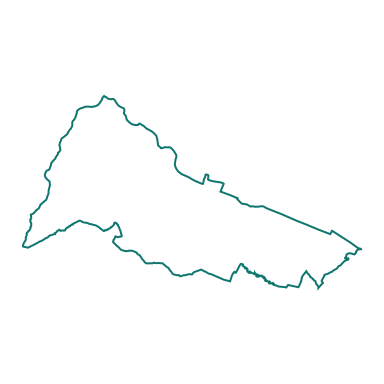 the district of Arcus, Covasna, Romania
{"feature_id": "2599482B44539906477830", "entity_name": "Arcus", "entity_type": "district", "adm_level": 2, "iso_a3": "ROU", "parent_name": "Romania", "parent_adm1": "Covasna", "projection": "mercator", "projection_center": [25.745, 45.912], "detail": "fine", "context": "isolated", "style": "outline", "palette": "teal", "viewbox_px": 384, "rotation_deg": 0, "n_neighbors": 0, "source": "geoboundaries", "source_scale": "gbopen_adm2", "svg_char_len": 5975}
<svg xmlns="http://www.w3.org/2000/svg" viewBox="0 0 384 384"><path d="M318.4,288.0L321.6,284.2L322.9,283.1L322.9,282.7L321.8,281.6L321.7,280.9L322.8,278.5L324.2,276.1L324.2,275.3L324.9,274.7L328.3,273.6L330.3,272.4L332.3,271.6L333.5,270.4L337.0,268.5L338.2,266.7L338.8,266.1L340.6,265.3L341.9,263.7L344.8,260.8L348.2,259.6L348.5,258.9L348.1,258.2L346.9,258.5L345.6,258.5L345.1,258.2L345.0,257.9L346.2,256.7L346.4,255.1L346.8,254.3L347.7,253.7L350.1,253.2L354.4,254.4L355.7,253.2L356.0,252.7L355.9,252.0L356.1,251.6L357.8,249.5L360.3,249.3L361.0,249.2L360.8,248.8L358.4,248.2L357.5,247.7L350.3,242.5L332.1,230.8L330.2,234.1L319.4,230.0L305.7,224.3L297.3,221.0L281.9,214.3L266.7,208.3L263.6,206.5L262.0,206.2L258.7,206.6L255.0,206.8L252.9,206.2L250.9,206.6L250.2,206.4L246.9,204.4L242.5,203.8L241.5,203.4L240.1,202.1L236.8,198.5L237.3,198.1L229.4,194.8L220.5,191.6L223.7,183.8L223.2,183.4L221.2,182.5L213.3,181.3L208.6,180.0L208.0,179.2L208.4,176.1L208.2,175.1L207.9,174.9L206.0,174.5L205.6,174.6L205.0,177.4L204.0,179.0L203.0,183.8L202.0,183.8L195.7,181.2L192.8,179.7L187.6,176.6L185.7,176.0L184.6,175.3L182.8,174.7L180.5,173.4L179.8,172.6L178.7,172.0L177.6,170.7L176.1,168.4L175.2,166.2L174.8,164.4L175.5,159.6L176.4,156.9L176.2,154.7L175.5,153.8L173.9,151.0L171.4,148.3L170.0,147.4L168.3,147.2L167.4,147.4L164.7,147.2L161.6,148.3L160.9,148.1L160.2,147.1L158.4,145.7L158.0,145.1L157.9,143.7L157.6,142.5L157.6,141.0L157.0,138.2L156.2,135.5L152.9,132.2L148.7,129.6L146.9,128.9L143.3,125.6L142.5,125.4L139.9,123.6L139.3,123.7L138.5,124.1L138.1,124.9L137.8,125.0L135.7,125.0L132.7,124.5L131.7,124.1L128.8,121.9L126.7,119.6L126.1,117.0L125.5,115.4L124.0,113.7L123.9,112.7L124.3,111.5L124.4,110.5L124.3,109.2L124.1,108.8L123.1,108.0L121.2,107.3L118.5,105.6L117.2,104.0L114.4,99.7L113.8,99.3L112.6,98.9L111.0,99.3L108.7,98.9L107.4,98.2L105.9,97.0L105.0,96.8L104.1,96.0L102.4,97.9L102.1,98.5L102.2,99.1L101.7,100.0L99.4,103.4L98.6,104.4L97.6,105.2L95.4,106.2L92.8,106.8L90.9,106.9L88.7,106.6L85.2,106.7L82.4,107.9L81.0,108.2L79.0,109.2L77.5,110.5L77.0,111.2L76.8,113.0L75.2,118.0L73.9,119.9L72.8,121.0L72.4,121.7L72.2,123.1L72.4,124.5L72.3,125.3L71.9,126.6L71.5,127.5L70.8,128.7L69.8,129.7L68.8,131.3L68.0,132.2L67.7,133.3L67.2,134.2L63.5,137.2L62.1,138.1L61.4,138.8L61.0,140.7L60.1,142.0L59.9,143.4L59.4,144.8L59.5,145.6L60.1,147.8L60.3,150.2L59.1,152.0L57.9,152.9L57.9,153.8L57.6,154.6L56.3,156.4L55.1,158.8L52.9,161.1L51.3,163.1L50.8,165.6L49.3,169.5L48.7,169.9L47.0,170.5L46.4,171.0L45.3,173.2L44.9,174.7L44.9,175.7L45.5,177.5L47.4,179.6L49.3,181.1L49.7,182.2L49.9,185.2L49.7,186.3L48.6,190.4L48.5,193.6L47.2,196.8L46.8,198.5L46.0,199.9L40.7,204.5L39.8,206.1L39.4,207.3L38.4,208.8L36.6,209.9L34.4,212.5L33.0,213.7L30.8,214.7L31.3,217.9L30.7,219.4L30.3,219.5L30.2,220.1L30.4,220.7L30.5,222.3L31.1,222.7L31.2,223.1L31.2,226.2L30.4,227.0L30.5,228.4L30.3,228.9L29.8,229.5L29.7,230.0L28.1,231.4L27.7,232.3L27.1,232.5L26.6,233.4L26.8,234.3L26.5,235.7L25.8,237.3L25.8,239.9L23.7,243.3L23.0,245.2L23.0,246.5L28.0,247.7L36.2,243.6L39.7,241.5L41.5,241.0L45.8,238.2L47.7,237.4L49.7,235.5L52.0,235.0L54.5,233.9L54.9,234.0L54.7,233.3L54.9,233.1L56.2,232.5L57.4,230.8L58.7,230.4L59.1,229.8L59.5,229.8L60.6,230.8L62.1,230.5L64.8,230.5L65.4,229.4L65.8,229.2L66.0,228.5L67.0,227.7L68.5,227.1L68.6,226.7L69.4,226.1L70.1,226.1L70.6,225.3L71.6,224.9L72.0,224.4L72.9,224.5L73.0,223.8L79.5,220.6L81.2,221.1L82.4,222.0L85.1,222.7L87.0,222.8L88.9,223.7L95.8,225.4L98.9,227.2L101.1,229.2L102.4,229.9L103.0,230.5L103.7,231.0L104.2,231.0L105.2,230.0L105.7,230.3L106.7,230.1L107.0,229.8L107.5,229.8L107.8,229.2L108.5,229.1L110.5,227.9L110.7,227.3L111.5,227.1L113.7,225.0L114.4,223.7L114.2,223.2L114.9,222.5L116.6,223.3L116.6,223.7L117.6,224.4L118.0,225.0L117.9,225.5L118.1,225.9L119.0,227.1L119.4,228.6L119.7,229.1L120.3,230.5L121.8,235.9L121.0,236.6L118.8,236.9L117.8,237.2L115.5,236.4L114.6,238.5L113.5,240.0L113.3,241.3L113.0,241.9L116.5,245.5L119.0,247.6L120.8,249.6L123.1,250.5L125.7,251.2L128.0,251.0L129.0,250.6L130.3,250.8L131.8,250.6L135.5,252.0L137.0,253.0L137.3,253.8L137.8,254.3L139.0,254.8L140.5,256.2L141.8,258.6L144.0,261.1L144.7,262.2L146.1,263.3L149.5,263.4L150.2,263.2L151.9,263.4L153.2,263.1L153.8,262.7L156.2,263.2L158.2,263.0L162.6,263.4L163.2,263.7L163.8,264.6L164.7,265.1L166.0,266.4L168.5,268.0L170.0,270.5L171.2,271.6L172.6,273.8L173.8,274.5L177.0,275.2L179.0,275.1L179.4,275.9L180.6,276.3L183.8,275.2L185.6,275.2L187.8,274.4L189.7,274.2L192.1,274.4L193.2,272.8L194.4,272.0L201.2,269.6L204.0,271.1L206.1,272.0L208.6,273.6L211.2,274.2L223.8,279.7L230.1,281.3L232.0,275.4L233.7,272.5L234.1,272.6L234.6,271.9L235.9,272.7L240.0,264.9L240.7,264.0L241.3,263.9L242.9,264.4L243.0,264.8L242.6,265.6L242.8,266.0L243.4,266.4L244.4,266.6L245.4,267.5L244.9,268.0L244.9,268.3L245.4,268.5L246.5,268.1L247.2,268.6L247.2,269.2L247.6,269.6L247.1,270.2L247.2,270.9L247.5,271.6L248.1,271.8L248.6,272.7L250.0,273.0L250.2,272.6L249.4,271.6L249.7,271.4L250.9,272.2L251.3,272.8L253.4,273.4L254.2,274.2L254.7,273.7L254.8,272.8L255.6,274.1L256.9,274.3L256.8,275.3L256.2,275.8L256.3,276.2L256.6,276.5L257.5,276.3L257.8,275.4L258.1,275.6L258.3,276.3L257.6,276.4L257.6,276.6L257.9,276.7L259.3,276.5L259.6,276.3L259.4,275.4L260.8,275.8L261.2,275.6L262.7,276.1L262.9,276.7L262.6,277.2L263.1,277.5L264.2,277.1L264.6,277.5L264.0,277.9L263.9,278.2L264.0,278.5L265.8,279.5L265.1,280.5L265.7,281.0L266.2,281.2L266.9,280.9L267.8,281.2L268.0,281.6L268.8,282.0L269.6,281.5L269.8,281.8L269.1,282.2L268.9,282.6L269.1,283.3L269.4,283.5L270.1,283.2L270.7,283.4L271.5,283.3L272.8,284.2L273.1,283.8L273.0,283.1L273.3,283.2L274.1,284.3L273.8,284.6L273.8,284.9L274.2,285.1L276.0,285.4L278.9,286.6L285.0,287.1L286.3,287.5L288.1,285.0L298.4,287.2L299.5,285.1L301.2,281.1L301.9,277.3L302.4,276.2L306.3,271.2L307.4,273.2L309.1,274.7L310.2,276.8L311.8,277.9L313.0,279.3L313.4,279.3L314.2,280.6L315.5,281.3L315.9,283.1L316.2,283.5L316.4,284.3L317.4,285.1L318.4,286.8L318.4,288.0Z" fill="none" stroke="#0f766e" stroke-width="2"/></svg>